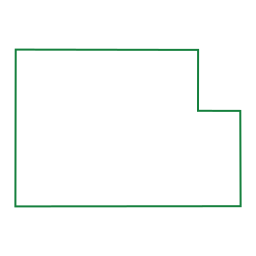 outline of Menard, Texas, United States of America
{"feature_id": "52423323B56824601140740", "entity_name": "Menard", "entity_type": "district", "adm_level": 2, "iso_a3": "USA", "parent_name": "United States of America", "parent_adm1": "Texas", "projection": "mercator", "projection_center": [-99.789, 30.899], "detail": "fine", "context": "isolated", "style": "outline", "palette": "green", "viewbox_px": 256, "rotation_deg": 0, "n_neighbors": 0, "source": "geoboundaries", "source_scale": "gbopen_adm2", "svg_char_len": 205}
<svg xmlns="http://www.w3.org/2000/svg" viewBox="0 0 256 256"><path d="M15.7,49.6L15.4,206.4L240.6,206.2L240.3,110.9L198.0,110.8L198.1,49.9L15.7,49.6Z" fill="none" stroke="#15803d" stroke-width="2"/></svg>